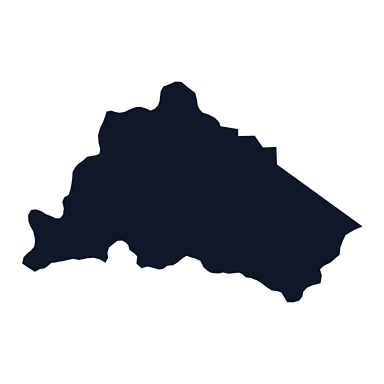 the district of Herval d'Oeste, Santa Catarina, Brazil
{"feature_id": "56859067B7033664236928", "entity_name": "Herval d'Oeste", "entity_type": "district", "adm_level": 2, "iso_a3": "BRA", "parent_name": "Brazil", "parent_adm1": "Santa Catarina", "projection": "orthographic", "projection_center": [-51.434, -27.189], "detail": "fine", "context": "isolated", "style": "filled", "palette": "ink", "viewbox_px": 384, "rotation_deg": 0, "n_neighbors": 0, "source": "geoboundaries", "source_scale": "gbopen_adm2", "svg_char_len": 1981}
<svg xmlns="http://www.w3.org/2000/svg" viewBox="0 0 384 384"><path d="M361.0,226.3L276.2,164.9L275.6,147.7L262.5,148.3L254.3,136.5L242.3,136.7L237.4,137.0L237.4,129.8L219.7,126.8L218.6,122.7L214.6,118.6L208.5,115.3L202.3,113.3L199.6,110.5L197.2,106.7L196.2,100.1L194.6,93.4L190.9,90.6L186.2,86.9L181.0,82.6L175.5,82.4L171.5,84.1L167.8,85.8L163.8,87.1L161.5,91.3L160.9,96.0L160.3,101.1L158.7,105.8L155.4,109.4L150.6,111.4L145.2,109.0L140.7,107.7L136.4,107.8L130.0,110.1L124.7,112.7L119.6,113.6L115.0,112.7L111.0,111.4L107.2,112.2L105.6,117.4L103.6,122.5L100.7,128.4L98.8,135.4L99.3,142.7L101.0,149.0L100.1,154.3L96.4,156.0L92.3,156.5L87.3,157.6L83.5,161.2L79.1,164.2L76.2,167.3L73.4,172.0L72.9,179.4L72.2,184.0L71.3,189.2L69.3,195.4L64.8,197.9L63.1,201.9L64.6,208.3L63.8,214.7L60.7,218.9L55.7,219.1L49.9,216.5L45.4,214.8L41.6,212.2L36.0,210.1L31.6,210.7L28.9,215.1L29.1,220.9L30.7,225.3L33.7,230.6L35.4,237.0L35.8,241.8L34.9,247.1L31.1,251.4L27.5,254.2L24.3,257.6L23.0,263.1L28.4,266.8L35.0,270.9L39.8,268.2L43.8,267.7L47.1,265.6L50.8,262.2L55.3,261.7L59.1,260.9L62.8,260.3L66.9,259.4L73.2,258.0L79.1,259.2L86.4,257.6L93.8,256.9L100.8,259.0L105.2,261.7L107.3,257.4L106.6,252.8L108.3,247.1L113.4,242.9L116.9,240.2L122.1,239.7L126.0,241.8L128.9,244.5L130.2,249.5L135.0,252.8L138.1,256.2L137.2,263.3L141.7,267.4L147.5,265.7L153.8,267.2L159.1,268.8L163.0,268.1L167.0,264.9L172.9,264.5L177.4,261.6L181.9,257.8L186.6,254.8L190.2,256.4L194.9,257.5L201.0,260.3L204.0,266.6L207.9,270.1L211.3,272.0L215.1,272.5L219.0,272.7L223.0,271.7L228.6,272.9L233.5,272.5L239.0,271.8L242.7,273.5L246.2,276.6L251.4,277.3L257.1,279.6L262.6,282.9L266.7,286.3L272.1,289.7L277.3,290.4L281.8,291.8L285.1,297.1L287.5,301.4L292.9,301.6L298.7,300.0L301.6,296.4L302.4,291.6L306.7,287.0L312.3,284.5L319.9,282.6L321.0,275.6L319.2,269.1L323.2,265.2L330.0,262.0L335.1,257.4L338.8,254.5L339.6,247.5L342.2,240.3L345.1,234.5L349.2,232.0L354.4,229.0L361.0,226.3Z" fill="#0f172a" stroke="#020617" stroke-width="1.5"/></svg>